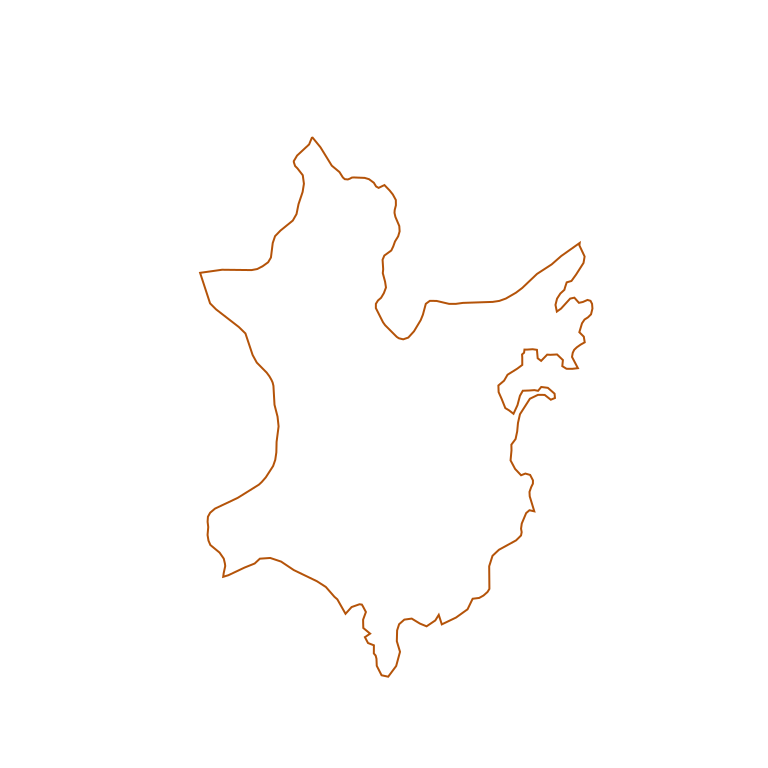 outline of Fukuoka, rotated 146°
{"feature_id": "JPN-1829", "entity_name": "Fukuoka", "entity_type": "Prefecture", "adm_level": 1, "iso_a3": "JPN", "parent_name": "Japan", "parent_adm1": "", "projection": "albers", "projection_center": [130.552, 33.473], "detail": "fine", "context": "isolated", "style": "outline", "palette": "amber", "viewbox_px": 768, "rotation_deg": 146, "n_neighbors": 0, "source": "natural_earth", "source_scale": "10m", "svg_char_len": 3478}
<svg xmlns="http://www.w3.org/2000/svg" viewBox="0 0 768 768"><g transform="rotate(146 384 384)"><path d="M142.9,391.5L144.5,389.7L146.4,377.5L150.9,372.8L163.6,367.3L171.0,364.6L175.7,366.1L180.2,362.6L181.8,361.2L187.2,360.4L192.8,358.0L197.6,353.7L200.2,347.4L195.1,347.5L181.9,350.7L177.9,349.1L177.0,342.3L173.3,340.8L168.3,339.9L166.3,337.5L166.7,334.1L169.0,330.0L173.4,326.0L177.6,325.2L181.7,325.3L185.9,323.6L193.1,317.7L191.9,311.5L194.3,306.3L198.9,306.7L203.6,306.6L207.2,306.0L210.1,304.3L213.0,301.3L214.4,288.7L219.6,291.4L224.2,294.6L226.2,299.1L222.3,303.8L224.0,311.7L229.8,315.2L232.3,317.1L240.8,315.3L242.2,319.4L238.1,326.8L241.3,329.7L246.3,332.6L248.3,334.0L250.4,331.6L253.0,331.3L254.6,328.6L258.7,322.5L264.9,322.2L276.4,322.6L282.6,319.6L290.0,318.8L293.5,313.2L294.8,305.9L296.9,296.2L295.1,292.3L293.3,286.9L285.2,291.8L277.9,298.2L272.7,300.8L267.4,297.5L262.7,294.8L260.1,292.2L255.3,293.6L250.3,289.2L248.0,280.6L250.1,276.8L254.5,277.7L256.9,285.1L262.4,288.9L271.3,290.2L288.2,282.9L294.7,276.8L300.1,270.2L305.7,264.8L312.3,262.5L315.4,257.7L321.8,249.9L322.8,240.3L321.4,231.7L316.9,230.7L313.7,226.9L314.4,220.8L316.3,218.1L319.5,216.3L323.7,213.2L326.0,209.4L330.6,194.4L334.0,198.0L338.3,197.5L347.8,191.3L351.3,187.4L352.7,184.2L355.1,181.8L361.9,180.5L381.4,182.3L390.1,180.9L398.7,174.1L411.2,155.2L414.5,153.7L419.8,153.0L424.7,153.4L430.6,156.4L440.7,150.5L454.9,150.1L470.5,152.4L467.7,162.0L473.7,159.3L484.2,159.3L488.2,165.3L492.2,174.0L498.9,177.3L505.8,176.4L510.9,172.4L517.2,163.6L520.5,153.0L531.6,143.4L544.2,139.0L548.9,143.9L547.6,154.4L543.9,160.4L542.8,163.5L543.1,166.3L538.5,173.0L542.1,178.2L541.4,184.8L535.1,184.8L536.5,189.6L537.6,193.3L535.0,197.4L533.1,200.3L526.5,205.1L525.8,211.6L525.7,213.5L527.5,215.1L535.6,217.2L544.4,215.0L543.1,231.6L544.1,235.3L545.7,248.2L549.9,258.0L562.8,280.1L568.6,294.3L575.6,303.4L584.6,308.6L591.6,307.5L602.3,309.8L620.0,312.5L625.1,314.1L622.7,316.8L617.4,321.9L616.3,324.1L614.5,328.8L614.6,336.2L618.0,347.6L617.1,352.3L614.7,357.5L609.7,363.7L607.3,368.4L604.2,372.4L600.1,374.5L593.8,375.2L568.9,371.4L544.0,370.5L540.2,371.1L534.2,372.7L521.8,378.0L516.6,381.9L511.5,387.5L505.4,396.1L495.1,407.8L490.5,416.5L486.4,428.0L476.7,444.3L475.5,447.5L475.0,450.4L474.7,454.5L474.9,459.0L477.5,472.9L476.7,481.5L470.6,503.4L472.5,512.5L481.5,539.8L483.1,548.1L474.3,579.0L454.4,569.3L430.1,552.5L424.8,550.2L418.6,549.5L412.0,549.7L407.0,552.1L397.4,563.1L391.6,567.5L384.0,569.1L368.2,570.5L361.5,573.8L354.3,580.9L344.1,588.7L338.4,594.8L334.6,602.5L335.2,611.3L335.8,614.4L334.8,618.1L334.2,619.2L328.3,622.0L312.1,624.5L305.5,628.9L305.5,629.0L304.3,615.8L305.2,594.2L302.4,584.6L302.6,578.3L302.0,575.8L299.6,573.8L297.4,573.3L295.2,573.1L293.5,572.1L284.8,565.7L281.9,562.2L279.9,556.5L280.1,552.2L278.8,549.6L272.4,548.7L271.1,541.3L270.7,536.2L271.3,529.9L274.2,525.5L277.8,522.3L279.6,520.0L281.1,516.2L283.0,506.4L285.7,501.8L289.7,498.5L295.2,496.0L299.4,492.9L303.3,490.6L311.9,490.3L315.7,487.8L320.5,479.6L323.0,476.6L325.9,468.2L328.4,462.9L333.3,459.4L338.2,457.1L342.3,456.6L345.9,455.0L348.3,451.5L350.3,435.7L350.2,432.1L347.1,416.0L346.1,413.6L343.1,410.3L337.9,408.9L329.7,410.9L317.9,416.4L313.0,419.7L304.5,427.1L299.5,427.3L294.0,423.5L285.2,414.0L279.5,410.2L273.2,407.1L248.0,391.3L241.9,388.4L235.2,386.7L223.6,385.9L215.8,386.3L195.6,389.7L178.1,389.4L165.5,391.0L143.0,391.5L142.9,391.5Z" fill="none" stroke="#b45309" stroke-width="2"/></g></svg>